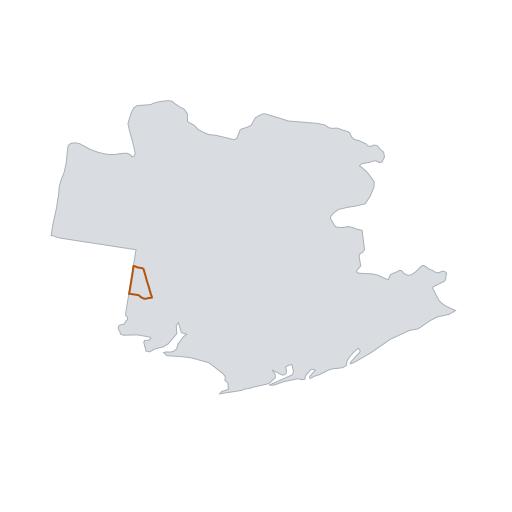 location of Haut-Komo, Wouleu-Ntem, Gabon, rotated 279°
{"feature_id": "22940354B77871710228177", "entity_name": "Haut-Komo", "entity_type": "district", "adm_level": 2, "iso_a3": "GAB", "parent_name": "Gabon", "parent_adm1": "Wouleu-Ntem", "projection": "equal_earth", "projection_center": [10.636, 0.825], "detail": "fine", "context": "in_parent", "style": "outline", "palette": "amber", "viewbox_px": 512, "rotation_deg": 279, "n_neighbors": 0, "source": "geoboundaries", "source_scale": "gbopen_adm2", "svg_char_len": 4128}
<svg xmlns="http://www.w3.org/2000/svg" viewBox="0 0 512 512"><g transform="rotate(279 256 256)"><path d="M339.5,59.7L339.3,64.3L335.4,75.6L333.6,84.3L333.1,93.6L334.2,101.1L336.1,106.4L337.3,112.2L336.3,116.3L334.5,118.0L335.8,120.1L338.6,120.6L343.4,118.8L350.8,115.7L360.5,111.2L366.9,108.8L377.5,110.3L383.1,112.0L386.0,115.2L389.1,128.5L390.7,130.5L393.2,136.2L395.3,143.0L395.8,146.5L395.6,149.0L393.4,152.7L391.0,158.1L390.2,161.4L388.1,163.8L385.6,166.2L378.5,167.2L377.5,168.6L375.5,174.4L371.8,179.2L370.1,183.9L368.6,190.0L368.9,197.7L368.1,208.7L367.4,216.1L369.2,218.7L377.7,220.5L379.3,222.0L381.5,226.6L384.4,230.9L392.1,233.6L395.1,237.0L397.5,240.6L397.8,243.6L396.1,255.5L394.4,267.0L395.1,275.7L395.7,284.0L396.6,296.1L396.2,303.5L394.0,308.1L394.0,311.6L395.0,315.9L393.1,327.7L391.8,329.7L388.4,331.9L386.5,335.0L386.0,340.0L384.1,346.8L382.2,349.3L382.2,352.5L384.0,354.8L384.0,358.4L380.5,362.6L378.5,365.8L373.9,367.4L368.6,365.7L367.4,363.4L368.7,359.7L368.2,356.8L366.4,353.7L363.6,345.8L361.1,344.1L359.7,347.3L355.5,353.4L347.9,361.1L342.6,361.7L332.9,359.4L324.7,355.7L320.9,346.6L318.5,339.1L315.0,330.4L311.1,326.3L306.9,323.7L305.0,323.5L299.0,328.3L297.2,330.2L297.3,334.3L297.8,338.1L298.7,339.9L299.5,342.4L299.4,346.1L298.3,351.2L297.9,356.8L279.2,362.2L275.9,360.3L273.6,357.7L270.7,358.2L262.6,361.0L259.6,359.1L256.7,357.6L255.3,358.8L255.2,361.2L256.5,374.3L256.1,379.3L254.3,385.8L253.3,390.3L258.3,391.5L260.1,393.6L261.8,396.9L264.2,399.9L264.4,401.8L261.7,405.2L260.7,409.5L262.0,412.8L265.4,416.2L270.4,419.8L272.8,422.1L272.5,424.3L270.2,428.8L269.3,432.7L267.8,436.2L268.1,439.4L270.3,442.4L270.1,445.1L268.6,447.1L265.5,446.7L262.9,447.0L260.6,446.1L253.3,435.8L251.7,435.5L241.1,443.4L238.4,446.7L236.2,451.4L233.3,461.6L228.5,455.7L224.3,444.8L219.5,438.2L209.3,427.4L206.6,419.4L194.9,401.9L178.2,384.4L166.0,369.2L164.2,365.9L166.3,366.3L177.9,373.9L179.5,373.0L180.9,371.3L175.8,367.3L171.0,364.2L166.5,362.3L162.0,362.4L159.4,359.2L157.8,354.3L156.9,350.2L154.9,345.8L148.5,336.8L146.9,333.3L143.4,328.5L145.6,327.9L152.5,332.5L153.1,330.6L152.5,328.0L145.6,323.7L141.8,323.4L140.9,320.3L141.4,316.8L136.5,303.7L131.3,293.9L130.5,289.2L144.4,310.6L146.3,311.0L148.7,310.8L154.4,308.4L153.3,305.5L150.8,302.5L148.2,303.9L145.0,304.2L143.3,302.9L142.5,300.7L145.8,290.3L144.4,290.8L143.3,292.7L141.5,293.6L138.8,294.1L131.9,288.5L125.9,273.5L124.3,270.5L122.7,265.2L121.1,263.1L114.2,241.7L116.8,243.3L120.0,249.5L126.1,248.2L128.5,244.6L130.6,244.8L132.7,244.0L135.4,240.6L143.3,225.9L145.4,206.5L144.7,195.0L143.6,183.6L146.2,179.9L147.2,182.3L147.7,186.4L148.9,189.4L151.7,192.1L156.9,192.8L165.0,197.0L167.9,199.7L168.6,194.3L177.9,189.8L175.1,188.1L166.9,189.9L155.6,183.1L151.8,178.7L148.3,170.5L144.7,166.1L144.9,162.2L153.1,158.7L155.2,159.1L156.1,163.3L158.2,165.1L159.1,164.5L159.4,160.9L159.5,151.1L157.0,137.1L157.7,134.4L160.0,133.4L162.0,131.6L163.3,131.2L166.1,131.6L167.5,134.8L168.2,136.6L171.0,137.4L173.3,139.1L175.2,138.7L176.8,136.7L179.2,136.2L186.6,136.3L193.3,136.3L206.7,136.4L220.0,136.4L233.4,136.5L243.4,136.5L243.4,128.5L243.3,116.2L243.3,101.6L243.2,87.5L243.1,74.6L243.1,59.3L243.6,54.9L244.3,53.1L244.0,50.5L254.4,50.4L273.1,51.5L281.2,51.3L283.5,51.6L293.8,50.8L302.0,51.8L305.5,52.8L308.7,53.4L318.6,54.0L331.5,53.2L335.9,53.4L338.4,55.5L339.5,59.7Z" fill="#d9dde1" stroke="#a8b0b8" stroke-width="1"/><path d="M225.3,147.1L225.6,146.6L225.9,146.3L226.1,145.9L226.2,145.0L226.2,143.6L226.2,142.2L226.2,141.0L226.2,140.4L226.5,139.5L226.8,138.6L226.9,138.0L226.9,137.4L226.9,136.6L220.5,136.7L206.9,136.7L198.9,136.6L198.9,139.2L199.0,143.4L198.9,145.5L198.9,146.3L198.6,146.9L198.0,147.8L197.6,148.4L197.3,148.8L197.1,149.7L196.7,150.7L196.5,151.7L196.4,152.6L196.4,153.5L196.7,154.2L197.0,155.0L197.6,156.0L197.8,156.7L198.0,157.8L198.4,159.0L198.6,159.6L199.4,159.5L200.0,159.2L200.9,158.7L201.6,158.2L202.0,157.9L202.7,157.7L203.4,157.5L204.0,157.2L204.7,156.7L205.7,156.2L207.2,155.7L208.1,155.2L209.5,154.6L211.1,153.7L213.9,152.3L215.7,151.5L219.9,149.6L223.9,147.7L225.3,147.1Z" fill="none" stroke="#b45309" stroke-width="2"/></g></svg>